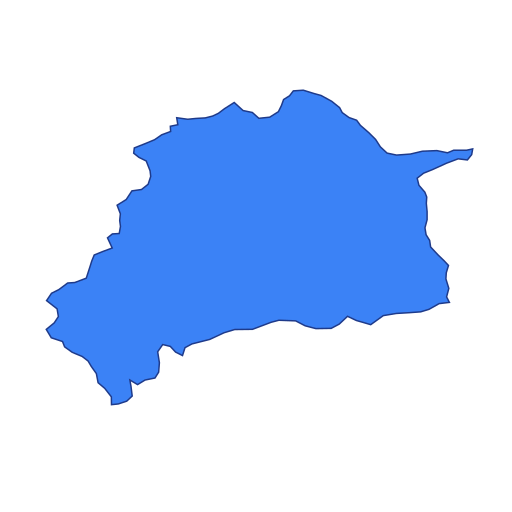 outline of Timburi, São Paulo, Brazil, rotated 280°
{"feature_id": "56859067B46714943844197", "entity_name": "Timburi", "entity_type": "district", "adm_level": 2, "iso_a3": "BRA", "parent_name": "Brazil", "parent_adm1": "São Paulo", "projection": "equal_earth", "projection_center": [-49.61, -23.198], "detail": "fine", "context": "isolated", "style": "filled", "palette": "blue", "viewbox_px": 512, "rotation_deg": 280, "n_neighbors": 0, "source": "geoboundaries", "source_scale": "gbopen_adm2", "svg_char_len": 1972}
<svg xmlns="http://www.w3.org/2000/svg" viewBox="0 0 512 512"><g transform="rotate(280 256 256)"><path d="M399.1,450.8L396.7,444.9L394.5,432.3L390.9,426.7L391.2,415.8L388.1,401.7L383.2,390.3L379.8,376.9L380.1,367.2L385.1,359.5L391.5,353.6L396.9,345.9L402.8,336.1L407.2,331.5L408.5,323.6L412.2,316.0L416.6,312.6L421.5,303.7L425.4,292.2L426.1,284.8L427.5,273.8L425.1,264.1L419.6,261.2L414.9,256.0L408.5,254.9L402.0,253.0L395.1,245.4L392.1,234.9L396.7,227.5L397.0,218.0L403.4,207.9L395.6,199.4L390.0,194.2L386.3,189.0L383.2,182.1L381.0,172.8L378.8,165.0L378.4,153.9L371.7,156.2L368.9,149.1L363.8,150.3L359.0,142.1L352.9,135.9L347.9,128.1L341.3,117.4L336.0,117.7L332.8,123.6L330.5,131.4L321.5,136.9L316.1,138.5L307.9,137.3L301.6,131.7L298.6,122.5L289.1,118.4L281.9,110.4L274.0,115.1L267.3,115.6L261.6,117.4L254.4,117.4L252.8,110.7L248.1,106.6L238.9,113.0L233.8,104.3L228.9,96.5L222.4,95.1L216.9,94.4L204.7,92.7L198.4,82.1L196.7,75.2L188.7,67.7L183.8,61.1L175.7,57.5L169.4,69.3L162.0,71.9L155.1,68.9L147.3,62.2L139.9,68.6L138.2,80.3L133.3,83.3L129.2,91.8L126.9,102.2L123.4,108.9L118.6,113.0L112.5,119.2L103.8,122.5L99.4,130.0L92.2,138.0L84.5,139.5L86.4,146.1L90.6,153.9L96.6,158.4L106.0,155.5L112.0,153.3L108.8,161.7L114.6,168.3L118.3,177.7L124.7,180.3L134.1,179.4L144.6,175.8L152.6,179.5L152.1,187.3L147.4,193.5L145.2,200.9L153.4,202.0L158.3,208.2L165.8,224.9L174.9,237.9L179.9,247.8L183.2,265.3L193.4,282.5L196.7,289.7L199.0,306.3L195.8,316.5L194.9,327.6L197.8,342.6L203.4,349.8L212.5,356.6L209.9,366.1L209.2,372.9L208.3,380.9L219.4,391.7L223.8,404.2L226.8,416.8L229.6,427.9L233.5,435.6L240.9,444.6L243.9,454.5L248.8,450.8L257.6,451.5L266.4,447.0L272.6,446.3L280.1,447.2L283.8,442.3L288.6,435.2L295.2,426.4L301.5,424.3L306.5,419.8L313.1,417.5L321.5,418.2L329.4,416.8L337.4,414.6L343.7,413.9L348.2,411.2L353.9,404.2L360.6,401.2L366.6,406.6L371.8,414.9L380.4,427.4L386.8,438.2L387.3,447.5L393.3,450.8L399.1,450.8Z" fill="#3b82f6" stroke="#1e3a8a" stroke-width="1.5"/></g></svg>